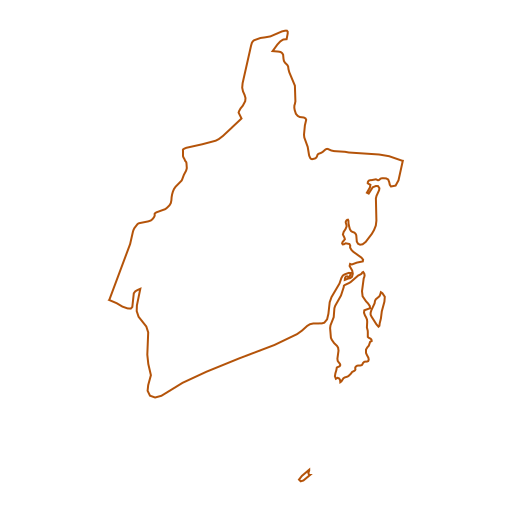 an SVG outline of Kalimantan Selatan
{"feature_id": "IDN-1234", "entity_name": "Kalimantan Selatan", "entity_type": "Province", "adm_level": 1, "iso_a3": "IDN", "parent_name": "Indonesia", "parent_adm1": "", "projection": "mercator", "projection_center": [115.815, -3.094], "detail": "fine", "context": "isolated", "style": "outline", "palette": "amber", "viewbox_px": 512, "rotation_deg": 0, "n_neighbors": 0, "source": "natural_earth", "source_scale": "10m", "svg_char_len": 4930}
<svg xmlns="http://www.w3.org/2000/svg" viewBox="0 0 512 512"><path d="M402.8,160.8L398.5,180.3L395.6,185.6L391.0,186.5L389.8,184.8L389.2,182.1L388.2,179.5L386.1,178.4L382.8,178.2L381.2,178.4L380.5,178.7L379.3,179.8L378.5,180.2L377.7,180.2L377.0,179.8L376.4,179.5L375.9,179.3L371.7,180.1L370.1,180.2L368.7,180.7L367.9,181.9L367.7,183.2L368.3,183.7L370.4,184.8L370.0,187.3L366.9,192.7L368.7,193.6L372.7,187.3L375.9,186.0L378.0,186.1L379.4,188.2L379.1,190.2L376.5,195.9L375.9,198.4L376.4,220.7L375.8,225.6L374.0,230.1L371.8,233.9L365.7,241.9L362.6,244.3L360.1,244.7L358.1,243.8L356.8,241.6L356.3,235.6L356.0,234.5L355.4,233.6L354.4,232.6L352.2,231.8L351.0,231.0L349.9,229.2L349.1,226.3L348.5,223.3L348.4,220.7L348.0,219.7L347.2,219.8L346.3,220.6L345.7,222.0L345.8,222.8L346.5,225.1L346.6,226.5L345.4,229.3L343.7,231.8L342.9,234.5L344.4,237.6L344.9,239.2L343.9,240.5L342.7,241.8L342.1,243.3L342.7,244.4L343.8,244.3L345.7,243.3L349.4,244.0L350.2,245.5L350.1,247.6L351.5,250.0L353.3,251.8L361.5,257.7L363.1,259.7L362.8,261.4L356.9,262.6L351.8,264.5L350.1,263.9L349.6,266.0L352.2,270.6L352.8,273.7L352.0,276.8L350.3,278.1L347.8,278.7L344.8,279.9L345.0,278.0L345.8,276.6L347.1,276.3L348.4,277.3L349.3,276.4L350.1,275.5L350.8,273.0L348.7,272.9L344.4,274.5L342.8,275.6L341.4,278.0L339.5,283.5L331.5,297.1L329.7,302.2L328.4,313.8L327.1,319.3L324.3,322.7L321.8,323.4L313.2,323.5L310.0,324.2L307.2,325.9L302.0,330.6L297.1,334.1L274.4,345.0L239.4,358.3L206.5,371.7L182.6,382.8L161.4,395.8L155.1,397.5L150.0,395.7L147.6,390.8L148.2,385.1L150.9,375.2L148.3,364.0L147.3,354.7L148.2,332.4L146.3,326.5L138.6,316.8L136.7,311.1L136.9,305.4L140.3,288.8L137.6,290.0L135.3,291.3L133.8,293.3L132.3,307.0L130.8,308.6L127.5,308.4L122.4,306.6L116.7,303.2L109.2,300.0L109.3,299.9L130.1,244.1L133.0,231.4L133.6,229.7L134.4,228.1L137.5,224.1L138.2,223.6L139.1,223.2L148.2,221.4L150.8,220.5L151.6,219.9L152.5,219.1L153.8,217.5L154.4,216.4L154.7,215.5L154.6,213.9L155.2,213.1L156.5,212.3L165.3,209.1L166.1,208.5L167.2,207.6L169.5,205.3L170.8,203.1L171.4,200.2L171.6,197.3L172.1,194.4L172.9,191.6L174.0,189.0L175.6,186.7L181.6,180.6L182.1,179.6L183.9,174.8L186.0,170.9L186.5,169.4L186.8,168.1L186.5,163.6L186.3,162.3L185.7,161.4L185.1,160.8L184.6,159.4L183.4,157.3L183.0,156.1L183.0,151.7L183.0,150.7L182.9,149.9L183.1,149.4L184.4,148.6L186.3,147.8L202.1,144.3L209.7,142.3L215.7,140.7L218.8,139.1L223.0,135.9L241.5,118.5L238.6,112.6L239.1,111.1L240.5,108.5L242.8,105.7L245.2,101.2L245.5,98.1L244.6,95.0L243.0,91.4L242.2,87.7L242.6,83.2L251.1,45.5L251.9,42.8L252.8,41.4L254.0,40.3L260.1,38.1L261.0,37.9L264.8,37.4L270.4,36.4L282.0,31.4L285.1,30.7L286.9,30.7L287.7,31.7L287.7,33.5L286.6,39.2L283.3,39.5L281.8,40.4L280.2,41.5L277.4,44.5L272.6,51.1L278.5,51.6L280.6,52.0L282.1,53.1L283.1,54.6L283.5,58.8L283.9,60.9L284.9,62.6L287.3,65.0L288.1,66.4L288.5,69.3L289.3,72.3L294.9,85.7L295.4,101.4L294.9,103.9L294.4,105.5L294.3,107.7L294.7,110.1L295.9,113.8L297.7,115.9L299.7,117.0L303.8,117.5L305.5,118.4L306.2,119.8L304.9,125.3L304.0,134.7L304.3,137.5L307.7,146.9L308.9,154.2L309.1,155.3L309.4,156.2L310.4,158.3L311.1,158.9L312.1,159.2L315.0,158.5L316.3,157.6L317.0,156.3L317.5,154.8L318.3,153.9L321.0,152.9L322.6,152.0L325.2,149.7L326.4,149.0L327.7,148.9L331.3,150.5L334.0,151.1L345.0,151.8L348.8,152.5L379.1,154.5L389.1,156.2L402.1,160.7L402.8,160.8ZM367.8,336.9L368.6,337.7L370.6,338.7L371.4,339.6L371.7,341.0L370.1,341.9L368.8,345.7L367.3,347.4L366.0,349.6L366.0,352.9L366.7,354.6L368.4,357.8L368.7,359.7L368.2,361.1L366.9,361.6L365.5,361.6L364.3,361.8L363.1,362.9L362.5,364.1L361.8,365.1L360.3,365.5L358.4,365.5L357.2,365.7L356.3,366.2L355.4,367.2L355.2,367.9L355.4,369.6L355.0,370.3L354.2,370.9L352.3,371.9L351.9,372.2L351.5,372.9L350.5,374.1L348.4,376.1L347.2,376.7L344.6,377.5L343.4,378.3L341.4,381.4L340.3,382.2L340.1,380.1L339.2,378.5L337.6,377.8L335.9,378.8L334.9,376.2L335.4,373.3L336.3,370.3L336.8,367.6L337.3,367.2L338.5,366.8L339.7,366.2L340.3,365.0L339.9,363.8L338.3,361.8L337.7,360.9L337.4,358.7L338.5,350.7L338.1,347.7L337.0,345.9L334.1,343.1L331.8,339.8L330.9,337.8L330.1,328.1L330.5,325.3L333.7,317.2L334.4,308.2L335.2,305.8L341.0,295.5L343.7,287.2L343.9,285.7L344.8,285.0L349.1,283.0L350.6,282.1L358.2,275.5L360.3,274.5L361.5,273.8L362.3,272.5L363.2,272.0L364.3,273.7L364.6,275.4L364.3,276.9L363.7,278.4L362.0,291.2L362.6,296.3L366.0,301.3L368.0,303.4L369.8,306.0L370.1,308.2L364.3,310.3L364.0,312.8L365.0,315.5L366.0,317.2L367.0,319.6L367.2,321.8L366.9,327.5L367.7,330.6L367.8,332.0L367.8,336.9ZM380.2,294.6L380.9,292.2L382.4,293.2L384.8,296.8L384.4,301.7L381.8,311.3L380.9,318.5L379.7,323.3L379.4,325.8L378.5,326.7L376.4,324.3L371.5,316.6L370.6,314.7L370.6,312.8L371.4,310.1L374.6,303.3L375.0,300.9L375.8,299.3L379.4,296.3L380.2,294.6ZM308.4,473.0L308.5,473.6L308.9,474.4L309.4,475.0L310.0,475.0L303.4,480.5L300.7,481.3L299.0,479.6L301.9,475.9L309.2,469.7L309.2,470.6L308.6,472.2L308.4,473.0Z" fill="none" stroke="#b45309" stroke-width="2"/></svg>